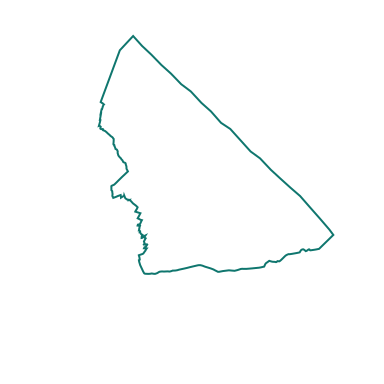 Bergen (NH), Noord-Holland, Netherlands (Natural Earth projection), rotated 125°
{"feature_id": "6326949B45779726628378", "entity_name": "Bergen (NH)", "entity_type": "district", "adm_level": 2, "iso_a3": "NLD", "parent_name": "Netherlands", "parent_adm1": "Noord-Holland", "projection": "natural_earth1", "projection_center": [4.7, 52.666], "detail": "fine", "context": "isolated", "style": "outline", "palette": "teal", "viewbox_px": 384, "rotation_deg": 125, "n_neighbors": 0, "source": "geoboundaries", "source_scale": "gbopen_adm2", "svg_char_len": 5601}
<svg xmlns="http://www.w3.org/2000/svg" viewBox="0 0 384 384"><g transform="rotate(125 192 192)"><path d="M274.6,171.4L272.7,168.6L272.2,168.0L272.0,167.7L271.5,167.1L271.1,166.6L270.4,165.4L270.2,165.0L269.9,164.6L269.3,164.1L268.6,163.5L268.0,163.1L267.3,162.6L267.2,162.4L266.5,161.4L265.7,160.4L265.4,160.1L264.4,159.1L263.1,158.1L259.0,154.3L257.0,152.5L255.0,150.8L253.3,149.3L249.5,145.9L248.4,144.9L247.8,144.1L247.4,143.6L247.2,143.3L247.1,143.0L246.8,142.4L246.3,141.0L246.0,139.7L245.7,138.5L244.2,133.9L243.8,132.6L243.4,131.0L243.1,129.8L243.0,128.7L242.6,128.7L243.0,128.6L242.5,125.0L241.9,124.1L239.0,121.3L238.2,120.4L235.3,117.2L234.9,116.7L232.3,112.2L232.0,111.8L229.8,109.9L227.1,107.9L226.7,107.5L226.4,107.1L226.0,106.7L225.7,106.1L225.2,105.4L224.3,104.1L223.9,103.5L220.4,99.3L215.5,93.6L215.0,93.1L214.3,92.4L211.7,90.1L209.1,90.6L208.5,90.6L208.2,90.6L207.7,90.5L205.5,89.7L204.5,89.4L204.2,89.3L204.0,89.1L204.0,88.9L203.5,87.5L203.2,86.6L202.8,85.8L202.5,85.3L202.1,84.7L201.5,83.6L201.4,83.2L201.2,83.0L201.1,82.8L200.8,82.6L200.6,82.6L199.9,82.4L199.6,82.3L199.5,82.2L199.4,82.1L199.3,81.8L198.9,81.0L198.7,80.7L198.0,80.4L196.9,80.1L196.0,79.9L193.3,79.4L192.8,79.3L192.5,79.3L191.8,79.1L191.0,79.0L189.8,78.6L189.5,78.5L187.7,77.4L187.4,77.1L187.0,76.4L185.2,74.5L183.5,72.8L182.1,71.4L180.2,69.6L179.8,69.3L179.7,69.2L179.4,69.2L179.1,69.2L178.4,69.3L177.3,69.3L176.7,69.2L176.1,68.9L175.8,68.7L175.4,68.3L175.3,68.2L175.1,67.9L175.0,66.9L175.1,65.6L175.2,64.9L174.8,64.6L174.2,64.3L173.9,64.1L172.3,63.6L172.0,63.4L171.8,63.1L171.7,62.9L171.8,62.7L171.9,62.4L172.0,62.1L172.0,61.9L171.9,61.6L170.9,60.5L169.0,58.5L167.8,57.3L165.7,55.3L146.1,51.6L144.0,57.9L140.4,72.0L136.7,87.3L133.3,101.1L132.0,113.8L130.3,127.4L128.6,140.1L125.4,155.6L125.2,167.2L118.4,196.8L118.7,207.9L115.1,222.7L113.6,235.4L110.3,250.7L109.9,262.7L107.1,277.0L105.5,290.0L102.8,304.1L101.0,316.7L98.0,329.7L117.3,332.4L170.7,318.4L170.7,317.7L170.7,317.3L170.7,317.1L170.7,316.8L170.6,316.4L170.6,316.2L170.6,315.9L170.7,315.6L170.8,314.5L170.8,314.4L171.3,314.5L171.6,314.4L172.6,314.2L172.9,314.2L173.1,314.2L173.6,313.9L175.8,313.2L176.1,313.5L180.5,311.6L180.2,311.4L185.6,308.9L185.3,308.6L185.4,308.4L185.8,308.2L187.8,307.4L191.2,306.2L190.9,306.0L190.8,305.5L190.8,305.0L190.8,304.7L190.9,304.4L191.0,304.1L191.6,304.0L192.3,303.7L192.5,303.6L192.6,303.4L192.7,303.2L192.6,302.6L192.5,302.3L192.4,302.2L191.7,301.3L191.7,301.2L191.6,300.8L191.7,300.7L191.9,300.6L192.4,300.3L192.4,300.2L192.2,299.6L191.9,298.1L191.9,297.8L192.0,296.8L192.1,295.7L192.3,294.8L192.4,293.6L192.6,291.8L192.8,290.9L192.8,290.3L192.8,290.1L192.8,289.8L192.8,289.4L192.8,289.1L192.8,288.9L192.9,288.1L193.0,287.9L193.1,287.7L193.3,287.3L193.3,287.2L193.4,286.9L193.4,286.7L193.6,286.5L194.1,286.1L195.2,285.4L197.0,284.3L197.8,283.9L198.1,283.5L198.1,283.4L198.0,282.8L198.0,282.7L198.3,282.3L198.7,282.2L198.8,282.0L199.6,280.6L200.4,279.6L200.6,279.4L200.6,279.1L200.5,278.7L200.4,278.4L200.4,277.9L200.6,277.4L200.9,276.8L201.4,276.1L201.8,275.9L202.5,275.4L202.8,275.2L203.0,274.9L204.3,273.3L204.4,273.1L205.0,271.1L205.2,269.8L205.2,269.6L205.8,268.3L205.8,268.1L205.9,267.3L206.0,267.1L206.8,265.6L206.9,265.4L206.9,265.2L206.5,263.6L206.5,263.4L206.5,263.1L206.6,262.9L206.7,262.7L207.6,261.9L207.7,261.7L208.0,261.2L208.8,260.3L209.0,260.1L210.4,259.1L210.5,259.0L211.9,256.3L219.6,257.9L225.0,258.9L227.4,259.3L230.4,259.9L230.5,259.9L233.1,261.4L233.3,261.4L233.5,261.4L235.0,260.3L235.7,259.8L236.4,259.3L236.7,259.1L236.8,258.9L237.0,258.0L237.1,257.8L238.1,257.0L239.2,255.9L239.8,255.6L240.3,255.4L241.1,254.7L241.3,254.5L241.4,254.3L241.4,254.2L241.4,253.7L241.5,253.6L241.7,253.3L241.9,253.1L239.8,251.6L237.8,250.4L235.4,248.7L237.0,247.1L237.3,246.9L234.0,245.5L233.9,245.5L233.7,245.6L234.9,243.8L235.3,243.1L235.4,242.9L235.4,242.4L235.3,241.2L235.3,240.9L235.4,240.5L235.3,240.4L234.7,239.5L234.5,239.0L234.5,238.8L234.3,238.6L234.5,238.6L234.3,238.4L234.5,236.7L235.2,233.7L235.2,232.9L235.3,230.1L235.7,227.8L236.6,227.6L237.4,227.5L237.9,227.4L238.6,227.4L238.9,227.4L239.4,227.4L239.8,227.3L240.1,227.3L240.6,227.2L239.0,222.1L241.2,221.8L242.9,221.6L243.0,221.6L244.7,221.4L244.5,220.2L244.3,218.4L244.1,217.7L243.9,217.2L243.8,216.9L244.8,216.8L248.0,216.2L248.4,216.4L248.9,216.6L249.0,216.8L249.1,217.0L249.8,217.6L250.7,217.3L249.6,215.2L250.6,214.9L252.1,214.3L252.1,214.2L253.8,213.5L253.7,213.4L253.8,212.6L253.9,212.1L254.0,212.1L254.8,211.8L254.7,211.7L254.7,211.4L255.0,211.0L255.1,210.9L255.3,210.5L255.5,209.8L255.7,209.4L255.6,208.8L255.5,208.0L256.8,207.8L257.4,207.6L257.7,207.5L258.1,207.2L258.6,206.9L258.3,206.6L257.6,206.3L257.4,206.2L256.1,206.0L255.6,206.0L255.5,205.9L254.3,205.2L256.5,205.1L256.5,203.4L256.8,203.4L257.4,203.4L257.6,203.3L260.1,203.0L260.8,202.0L261.2,201.4L262.7,201.3L262.7,201.2L260.7,198.9L260.8,198.5L261.2,198.5L263.8,198.4L264.0,198.6L264.5,199.2L265.6,199.0L264.2,196.7L264.3,196.7L264.7,196.8L264.9,196.8L267.1,196.5L267.5,196.6L268.2,196.6L269.3,196.6L270.1,196.6L270.3,196.6L270.8,196.8L271.0,196.9L271.3,197.1L273.9,199.0L274.0,199.1L274.3,199.3L274.6,199.0L274.8,198.7L275.2,198.1L276.2,197.1L277.4,196.0L278.3,196.4L279.5,195.2L281.7,192.4L281.9,192.0L284.5,187.5L284.8,187.0L285.0,186.7L285.5,185.6L285.8,185.1L286.0,184.5L286.0,184.1L285.9,183.7L285.7,183.3L285.2,182.5L284.3,181.1L283.2,179.6L282.9,179.3L282.1,178.5L281.8,178.2L281.2,176.9L280.4,175.5L279.9,175.0L279.3,174.6L278.6,174.1L278.1,173.8L277.0,173.4L276.2,173.0L275.8,172.7L275.3,172.2L274.6,171.4Z" fill="none" stroke="#0f766e" stroke-width="2"/></g></svg>